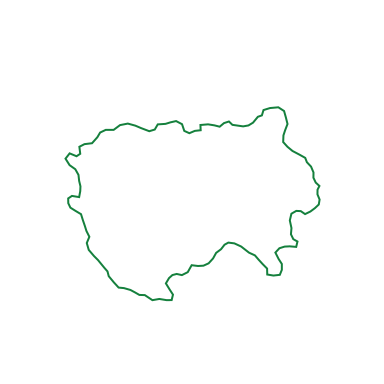 outline of Queluzito, Minas Gerais, Brazil, rotated 308°
{"feature_id": "56859067B25947012466154", "entity_name": "Queluzito", "entity_type": "district", "adm_level": 2, "iso_a3": "BRA", "parent_name": "Brazil", "parent_adm1": "Minas Gerais", "projection": "robinson", "projection_center": [-43.889, -20.731], "detail": "fine", "context": "isolated", "style": "outline", "palette": "green", "viewbox_px": 384, "rotation_deg": 308, "n_neighbors": 0, "source": "geoboundaries", "source_scale": "gbopen_adm2", "svg_char_len": 1864}
<svg xmlns="http://www.w3.org/2000/svg" viewBox="0 0 384 384"><g transform="rotate(308 192 192)"><path d="M180.8,312.2L186.0,310.7L190.6,307.1L192.5,301.6L195.6,295.0L201.5,295.5L206.0,298.6L209.3,302.4L212.9,307.9L217.9,305.6L217.2,300.9L219.6,296.0L224.8,292.6L229.8,286.6L236.1,283.7L241.3,285.8L243.9,289.5L244.2,294.7L249.5,297.3L255.0,298.8L260.2,299.6L264.6,297.2L267.4,292.3L271.1,289.5L275.2,288.7L275.6,283.7L278.0,278.9L282.2,275.7L285.3,270.2L286.2,264.2L288.6,260.2L287.6,253.7L286.2,245.9L286.4,239.4L287.5,233.1L292.9,229.2L297.9,227.4L304.4,225.4L308.6,220.0L312.5,214.7L311.9,207.9L306.2,201.8L300.6,197.9L295.4,199.9L291.8,197.6L284.2,197.4L279.2,195.5L275.2,191.9L272.5,187.2L269.8,182.5L270.3,177.7L266.0,174.8L260.5,173.6L258.3,168.6L255.2,163.0L250.0,157.4L246.0,160.8L241.9,156.6L236.7,153.7L235.4,148.3L239.3,142.4L238.1,135.8L233.7,132.2L229.4,129.2L224.2,123.4L218.3,124.2L213.6,120.9L211.0,112.5L209.4,106.5L206.4,99.3L200.4,94.1L192.7,92.0L187.9,85.8L182.3,83.0L177.0,83.7L168.9,83.2L163.5,77.8L158.3,75.4L153.3,80.4L149.1,79.0L147.1,71.8L140.4,71.8L137.8,79.0L138.1,86.0L135.6,92.0L131.3,96.2L127.8,100.6L123.9,103.4L118.5,106.2L115.0,99.8L110.7,98.4L107.0,101.4L104.8,105.8L105.4,111.8L106.2,118.2L102.8,123.1L99.2,128.6L96.3,132.8L93.5,138.7L87.0,140.5L82.8,146.3L81.2,154.2L80.5,159.8L79.4,164.7L78.3,169.6L77.4,174.3L74.4,178.2L72.7,185.9L71.5,193.0L74.4,197.6L76.9,203.8L77.8,209.0L78.5,213.9L81.7,218.3L82.4,227.4L87.6,232.1L91.1,238.5L94.3,242.5L99.4,240.2L101.4,234.4L103.9,227.7L110.0,226.9L114.5,227.7L118.0,230.4L120.3,235.2L126.2,238.0L134.1,236.8L137.4,242.3L141.0,246.4L146.0,249.0L152.6,249.5L158.9,248.5L164.8,250.1L170.5,250.1L174.5,251.8L177.6,257.0L179.3,264.3L179.3,274.3L180.8,280.6L179.7,286.1L178.7,292.0L177.9,298.3L173.3,302.1L176.3,307.6L180.8,312.2Z" fill="none" stroke="#15803d" stroke-width="2"/></g></svg>